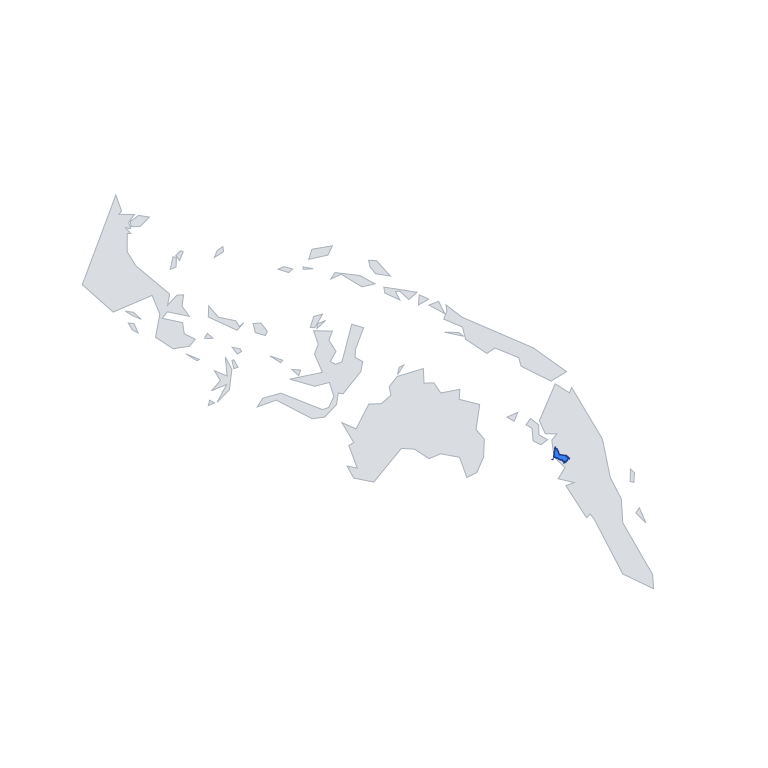 Tanjung Jabung Timur, Jambi, Indonesia shown in context, rotated 197°
{"feature_id": "22746128B13468366985120", "entity_name": "Tanjung Jabung Timur", "entity_type": "district", "adm_level": 2, "iso_a3": "IDN", "parent_name": "Indonesia", "parent_adm1": "Jambi", "projection": "orthographic", "projection_center": [103.834, -1.266], "detail": "fine", "context": "in_parent", "style": "filled", "palette": "blue", "viewbox_px": 768, "rotation_deg": 197, "n_neighbors": 0, "source": "geoboundaries", "source_scale": "gbopen_adm2", "svg_char_len": 6409}
<svg xmlns="http://www.w3.org/2000/svg" viewBox="0 0 768 768"><g transform="rotate(197 384 384)"><path d="M277.4,318.8L290.3,336.0L309.4,333.8L319.1,325.8L335.8,330.6L348.6,327.5L365.1,287.2L385.5,285.2L395.3,294.8L385.0,295.7L399.7,315.0L395.8,319.2L412.9,334.7L397.6,332.9L392.6,360.4L380.8,364.4L374.1,375.3L378.2,382.9L373.6,395.0L350.9,410.3L346.0,396.5L336.7,399.7L327.1,392.0L309.9,401.1L307.6,391.3L286.5,392.4L282.7,367.4L272.0,360.5L267.4,343.4L269.3,326.6L277.4,318.8ZM66.4,267.0L100.1,272.1L143.5,316.3L148.8,319.9L151.2,315.3L180.4,340.0L173.3,345.3L189.8,344.3L186.4,357.0L200.0,363.8L207.1,379.4L204.2,386.8L215.2,383.6L224.7,394.3L220.3,434.2L204.0,429.8L203.5,435.5L159.0,395.2L140.3,360.8L123.4,343.4L115.1,321.1L71.3,280.2L66.4,267.0ZM701.6,390.8L695.7,486.3L685.5,472.6L687.2,468.7L672.3,473.1L675.4,463.6L671.7,458.6L673.2,457.9L675.5,458.3L676.9,457.8L670.3,453.9L673.5,452.8L668.3,435.4L655.9,424.5L615.3,407.3L614.0,396.1L608.0,408.4L601.7,410.7L599.9,399.4L590.0,391.8L612.3,389.7L615.3,382.0L594.5,383.8L589.8,373.7L577.6,371.6L581.1,363.2L596.0,356.0L616.2,362.0L618.7,385.1L631.7,400.9L664.0,373.6L701.6,390.8ZM495.6,335.1L479.9,345.1L435.5,341.5L430.1,345.3L428.2,357.5L436.7,369.5L449.5,361.6L475.5,361.1L446.3,377.1L459.2,392.3L458.5,402.8L466.9,414.3L448.9,419.5L449.5,409.7L439.5,401.2L441.9,389.9L436.3,388.6L430.7,392.8L432.3,431.7L420.0,431.9L421.4,408.7L419.4,401.0L410.9,399.2L409.8,389.3L420.3,362.6L425.1,362.0L423.4,350.5L431.1,335.0L442.5,329.8L482.4,337.1L498.5,325.0L495.6,335.1ZM225.1,435.6L258.0,441.1L263.0,448.6L288.5,450.9L294.5,443.3L319.1,450.7L325.7,461.4L345.8,463.5L345.2,472.5L347.9,477.8L329.0,470.7L251.8,462.2L213.0,449.2L225.1,435.6ZM534.3,337.6L547.0,327.1L541.4,339.4L550.0,347.1L536.4,345.8L543.6,363.4L533.8,353.7L530.2,333.3L538.2,317.8L534.3,337.6ZM540.2,392.4L571.6,396.7L574.4,407.4L561.9,399.5L544.2,401.1L539.2,396.7L536.0,401.7L540.2,392.4ZM463.4,476.2L438.9,480.7L422.0,477.1L433.5,470.5L457.0,476.4L465.6,468.8L463.4,476.2ZM393.3,469.0L409.8,471.2L412.5,476.6L379.2,481.4L384.9,472.1L396.1,477.4L399.9,475.5L393.3,469.0ZM492.4,481.2L492.3,491.8L473.8,501.0L475.3,490.9L492.4,481.2ZM224.8,373.2L229.5,384.9L236.1,386.5L233.9,393.8L224.1,390.2L221.0,380.7L211.3,378.6L216.2,371.7L224.8,373.2ZM668.0,473.5L657.2,475.0L663.4,463.1L671.8,460.6L674.1,465.1L668.0,473.5ZM424.4,487.0L431.7,492.1L434.9,497.8L427.2,499.7L409.5,489.1L424.4,487.0ZM522.1,395.5L526.9,403.6L519.5,406.3L511.0,400.3L511.6,395.7L522.1,395.5ZM346.5,469.0L364.1,472.6L355.9,479.0L346.5,469.0ZM374.1,469.7L376.4,479.6L366.1,478.2L374.1,469.7ZM256.7,388.3L247.8,395.9L248.6,386.4L256.7,388.3ZM621.9,431.1L623.0,443.9L619.6,444.4L617.1,435.1L621.9,431.1ZM341.2,451.3L327.5,455.1L321.8,452.9L341.2,451.3ZM471.1,416.6L470.9,428.1L463.2,432.9L466.5,417.6L471.1,416.6ZM92.9,327.7L105.4,334.3L103.7,340.3L92.9,327.7ZM123.5,374.8L118.5,372.3L116.3,362.9L120.1,362.7L123.5,374.8ZM578.3,468.3L576.1,463.7L583.2,455.4L582.5,462.9L578.3,468.3ZM569.4,351.6L582.2,354.9L567.8,353.6L569.4,351.6ZM489.0,374.2L501.3,377.5L487.8,377.1L489.0,374.2ZM465.1,422.2L458.3,427.8L464.4,417.6L465.1,422.2ZM634.1,360.9L640.5,362.1L646.4,367.6L640.7,368.7L634.1,360.9ZM518.8,462.8L514.2,466.9L505.0,467.3L507.7,462.7L518.8,462.8ZM620.7,446.0L617.6,451.9L614.7,451.7L615.6,442.2L620.7,446.0ZM539.9,374.7L531.9,375.6L529.7,373.5L533.1,369.8L539.9,374.7ZM635.1,374.8L644.1,375.8L652.7,378.1L644.4,379.3L635.1,374.8ZM468.1,367.0L476.5,371.0L467.8,372.9L468.1,367.0ZM546.0,317.5L540.6,316.4L545.7,312.0L546.0,317.5ZM485.4,473.5L494.7,470.1L495.7,472.3L485.4,473.5ZM569.1,375.4L567.7,380.7L561.0,377.9L564.4,376.4L569.1,375.4ZM374.4,404.4L370.6,408.0L373.8,396.9L374.4,404.4ZM532.1,354.8L536.3,362.1L534.7,363.2L528.5,357.4L532.1,354.8Z" fill="#d9dde1" stroke="#a8b0b8" stroke-width="1"/><path d="M202.0,373.2L201.9,373.0L201.8,372.8L201.6,372.5L201.5,372.3L201.4,371.9L201.3,371.7L201.3,371.4L201.3,371.2L201.2,371.1L201.1,370.9L201.1,370.4L201.2,370.0L201.3,369.7L201.4,369.2L201.4,368.6L201.4,368.2L201.1,367.9L201.1,367.7L200.9,367.4L200.6,366.8L200.5,366.7L200.4,366.5L200.4,366.2L200.4,365.9L200.6,365.9L200.6,365.7L200.6,365.3L200.6,365.1L200.6,364.8L200.5,364.6L200.4,364.2L200.2,363.8L200.1,363.7L199.9,363.7L199.8,363.8L199.7,363.8L199.6,364.0L199.5,363.9L199.4,363.9L199.2,363.9L199.1,364.0L198.9,364.0L198.8,363.9L198.7,363.9L198.3,363.8L197.8,363.8L197.7,363.7L197.5,363.8L197.3,363.8L197.2,364.0L196.9,364.0L196.6,364.0L196.6,363.9L196.4,363.9L196.3,363.7L196.1,363.7L195.9,363.7L195.6,363.5L195.3,363.4L195.2,363.4L194.9,363.2L194.6,363.2L194.3,363.1L194.2,363.1L193.9,363.2L193.7,363.1L193.3,363.0L193.2,363.0L192.9,363.2L192.8,363.3L192.7,363.2L192.6,363.3L192.4,363.4L192.4,363.7L192.3,363.4L191.8,363.5L191.8,363.4L191.8,363.2L191.7,363.2L191.4,363.2L191.1,363.1L190.9,363.3L191.0,363.5L190.9,363.6L190.7,363.7L190.8,363.6L191.0,363.6L190.9,363.4L190.9,363.2L191.0,363.0L190.7,362.7L190.4,362.5L190.2,362.5L189.9,362.5L189.8,362.4L189.6,362.2L189.4,362.1L189.2,362.0L189.2,361.9L188.8,361.7L188.7,361.5L188.7,361.4L188.5,361.5L188.5,361.4L188.4,361.4L188.3,361.5L188.2,361.7L188.2,361.8L188.2,362.0L188.3,362.0L188.2,362.0L188.3,362.2L188.2,362.2L188.2,362.3L188.3,362.4L188.2,362.4L188.1,362.5L188.0,362.8L187.9,362.8L188.0,362.8L187.9,362.8L188.0,362.9L188.0,363.0L187.9,363.0L187.7,363.2L187.7,363.3L187.4,363.4L187.2,363.5L186.9,363.7L186.8,363.8L186.7,363.9L186.6,364.0L186.4,364.3L186.4,364.5L186.3,364.8L186.3,365.0L186.3,365.7L186.3,365.8L186.3,366.2L186.0,366.5L185.8,366.6L185.6,366.6L185.0,366.6L185.0,367.2L185.7,367.2L185.8,367.3L186.0,367.4L186.1,367.5L186.3,367.7L186.4,367.8L186.6,368.0L187.1,368.0L187.5,368.0L187.5,367.9L187.8,367.9L188.1,367.8L188.1,368.1L188.4,368.1L188.5,368.2L188.5,368.3L188.5,368.9L191.2,368.4L191.7,368.3L192.3,368.2L194.9,367.9L195.5,367.8L195.7,367.7L195.8,367.8L196.1,368.0L196.3,368.3L196.4,368.5L196.5,368.6L196.8,369.3L196.9,369.5L197.0,369.5L197.2,369.8L197.3,370.0L197.5,370.2L197.6,370.3L197.7,370.5L197.8,370.6L198.3,371.2L198.4,371.4L198.5,371.4L198.8,371.5L199.0,371.7L199.1,371.8L199.2,372.0L199.3,372.2L199.4,372.4L199.6,372.5L199.9,372.7L200.0,372.7L200.3,372.6L200.5,372.6L200.8,372.5L201.0,372.5L201.3,372.6L201.5,372.7L201.5,372.8L201.7,373.0L201.7,372.9L201.7,373.0L201.8,372.9L201.8,373.0L202.0,373.2L202.0,373.2ZM200.6,361.2L200.6,361.3L200.7,361.2L200.6,361.2Z" fill="#3b82f6" stroke="#1e3a8a" stroke-width="1.5"/></g></svg>